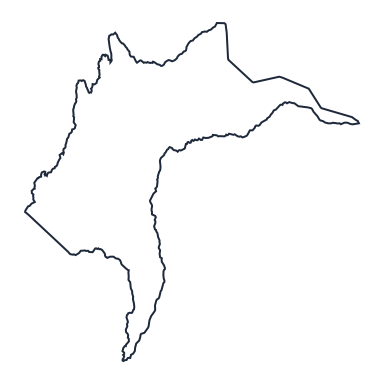 outline of Dianópolis, Tocantins, Brazil
{"feature_id": "56859067B54547148967397", "entity_name": "Dianópolis", "entity_type": "district", "adm_level": 2, "iso_a3": "BRA", "parent_name": "Brazil", "parent_adm1": "Tocantins", "projection": "equal_earth", "projection_center": [-46.69, -11.796], "detail": "fine", "context": "isolated", "style": "outline", "palette": "slate", "viewbox_px": 384, "rotation_deg": 0, "n_neighbors": 0, "source": "geoboundaries", "source_scale": "gbopen_adm2", "svg_char_len": 5843}
<svg xmlns="http://www.w3.org/2000/svg" viewBox="0 0 384 384"><path d="M25.1,212.0L28.3,214.6L68.1,251.8L70.1,254.1L73.0,254.7L73.9,254.3L75.6,255.1L79.1,253.0L80.7,250.8L84.9,250.5L86.0,250.9L88.2,250.8L89.2,252.0L92.6,252.2L95.2,248.5L96.1,248.3L97.3,249.0L98.4,248.4L99.2,249.2L100.6,249.1L102.1,250.0L104.3,252.8L104.9,254.0L105.1,255.8L105.7,256.9L106.6,257.2L107.2,257.9L110.1,256.7L113.5,256.7L116.0,258.5L117.9,258.7L119.1,259.4L119.9,260.0L121.0,262.3L121.2,263.6L122.0,264.8L126.1,268.6L127.9,270.0L128.8,270.3L128.4,272.1L128.7,276.7L128.5,279.9L130.2,282.3L130.8,288.3L132.2,291.4L132.2,293.5L133.2,296.9L132.9,298.9L134.0,303.9L134.3,306.9L134.0,309.4L133.2,310.0L132.5,312.0L131.8,312.9L129.4,312.8L128.2,313.3L127.8,314.3L126.9,315.2L126.5,317.5L127.7,320.9L127.9,322.2L127.0,324.1L127.3,326.4L125.9,329.4L125.9,331.0L126.2,332.3L127.7,333.9L128.2,335.5L127.8,337.6L128.7,338.6L128.9,341.4L126.1,344.6L125.8,346.1L125.0,345.9L123.3,348.0L122.5,351.2L124.1,352.6L124.2,354.0L123.1,355.0L124.2,356.2L123.5,358.2L122.6,359.3L122.6,360.6L123.5,361.0L124.6,360.2L126.5,360.0L127.7,358.1L129.1,357.8L130.2,358.0L131.1,354.7L133.0,353.8L134.8,351.1L135.2,347.4L136.2,343.6L139.2,340.5L140.2,337.4L140.5,335.0L141.1,333.9L144.4,332.8L148.0,327.8L148.6,326.3L149.5,320.1L151.2,316.0L154.6,311.3L155.2,309.8L155.0,305.4L156.2,300.9L156.7,299.7L158.5,298.5L159.2,297.4L160.7,291.1L161.5,290.1L163.1,284.1L163.5,283.0L164.4,282.0L164.4,280.4L163.8,278.9L163.4,275.7L163.5,271.3L163.9,270.1L164.8,269.3L164.9,267.9L164.0,265.3L161.8,261.8L161.6,259.9L161.8,258.3L160.1,257.2L159.6,253.8L160.1,250.3L158.7,247.9L159.0,246.4L159.9,243.9L159.5,242.3L159.5,240.3L158.2,237.3L157.4,233.1L156.3,231.4L156.0,230.0L155.0,229.4L154.1,226.3L155.3,223.1L155.4,221.4L154.7,220.0L155.8,217.2L155.2,215.9L152.0,214.4L151.9,211.4L151.5,210.3L151.7,207.9L152.1,206.6L151.9,204.9L150.2,201.9L150.0,200.6L153.5,193.6L156.1,191.2L155.3,188.5L156.3,187.7L157.0,186.4L157.6,181.0L157.1,179.7L157.9,178.2L157.8,176.3L159.2,171.7L160.1,170.4L160.4,168.5L160.5,166.2L159.9,160.9L160.3,159.3L161.0,157.9L164.2,155.0L164.5,153.5L165.5,152.6L167.1,149.7L168.2,149.1L168.7,148.0L169.7,147.1L172.1,148.1L172.7,149.2L173.9,150.1L176.3,150.6L177.7,151.7L178.7,150.5L179.6,150.1L180.9,150.5L184.8,148.5L185.9,144.0L187.0,143.9L187.5,142.3L188.5,142.0L189.5,142.8L190.6,142.7L191.2,141.7L191.3,140.6L192.3,140.0L193.4,140.9L194.3,140.4L195.0,139.5L196.3,140.1L197.6,140.2L199.0,138.6L200.9,140.0L202.2,139.8L202.6,138.6L203.3,137.5L205.6,138.0L208.6,137.8L212.5,136.2L212.9,134.9L216.7,135.3L218.4,136.4L219.8,136.1L224.3,136.4L225.7,135.6L226.2,134.7L227.1,135.3L228.2,134.8L229.0,133.7L233.4,134.8L234.7,134.3L237.7,136.3L239.6,136.7L240.7,136.3L242.5,137.4L244.4,136.8L246.5,135.9L247.5,134.8L249.9,130.3L252.6,130.3L254.9,127.6L255.1,126.5L256.2,125.5L258.5,125.8L259.7,125.0L261.4,122.5L266.7,119.5L267.1,118.4L269.6,116.7L270.9,114.5L272.4,112.9L273.8,110.4L275.9,109.6L280.0,105.1L281.1,104.6L282.5,104.9L283.1,103.5L285.0,102.3L286.0,102.5L287.0,103.3L289.2,102.1L292.9,103.2L294.3,103.2L298.3,106.2L307.9,107.4L311.1,108.2L312.0,108.9L313.7,112.0L317.4,116.2L319.5,119.7L320.6,120.5L323.0,121.1L325.0,122.5L328.2,123.3L331.2,123.3L333.1,122.7L334.2,123.1L335.3,123.0L337.5,123.5L339.6,123.3L340.8,124.2L344.4,122.7L347.2,122.7L350.9,124.1L353.0,124.3L358.9,123.3L357.7,120.9L355.9,120.0L352.0,117.1L321.5,108.2L320.6,107.3L308.8,88.7L282.8,77.8L279.3,76.7L253.7,82.4L252.5,82.1L228.3,59.7L228.0,57.8L226.7,32.5L225.6,24.3L224.5,23.2L216.9,23.0L215.0,26.5L212.9,27.7L210.8,29.7L208.8,30.3L206.8,31.8L205.0,31.5L201.9,32.2L200.9,33.7L198.4,35.0L196.8,36.8L194.6,38.2L192.8,40.5L190.9,41.0L190.0,41.6L188.5,43.4L186.9,46.3L186.4,47.3L186.4,48.6L186.0,50.3L185.1,51.2L183.6,51.6L182.1,53.6L179.5,54.6L177.6,56.6L177.2,57.8L176.3,58.9L174.6,60.3L172.1,61.3L170.1,60.4L168.6,60.1L166.9,60.9L165.1,62.3L163.9,64.6L162.1,65.9L160.8,65.8L159.7,64.8L157.4,64.3L154.0,62.0L153.0,61.7L152.5,62.9L151.3,62.7L150.1,63.0L147.6,62.1L146.7,62.7L144.8,62.4L143.8,62.8L141.1,60.5L140.2,60.4L137.0,62.7L136.1,61.7L133.7,56.8L131.1,56.6L130.0,55.4L129.6,53.9L129.4,51.5L127.7,49.7L126.9,48.1L125.3,46.4L124.8,45.3L122.9,43.4L121.8,43.3L119.5,40.6L118.5,38.5L117.8,37.7L117.0,35.0L115.2,32.7L113.2,34.5L111.3,34.4L110.3,35.3L109.3,35.7L108.6,39.0L109.7,47.1L110.6,51.6L111.2,53.3L111.4,56.0L111.3,57.5L111.7,60.6L110.4,62.4L110.2,59.7L108.6,59.9L108.0,56.8L107.6,55.6L106.3,55.1L105.4,56.0L105.0,54.9L104.3,55.5L103.6,54.8L102.7,54.8L101.5,56.6L101.5,59.2L100.1,59.1L100.2,60.8L99.0,61.5L98.5,63.2L98.5,64.7L99.0,65.7L99.0,67.3L98.2,67.9L98.5,69.0L99.4,70.1L99.2,71.5L99.6,74.7L99.0,76.8L99.7,77.5L97.3,79.8L96.5,83.0L94.5,84.4L92.6,84.1L92.5,86.1L91.9,87.8L91.0,88.7L91.5,89.5L91.7,90.9L91.1,92.5L90.3,92.3L89.3,92.9L88.4,91.8L88.1,90.3L87.4,89.4L87.1,88.1L86.1,86.5L85.8,84.5L84.5,80.8L83.0,80.2L81.8,81.0L80.8,80.4L78.6,80.6L78.1,82.9L77.1,83.8L76.4,85.9L76.8,87.5L76.1,90.8L76.2,93.1L76.6,94.4L76.7,97.7L76.0,99.2L76.3,100.9L76.0,102.5L75.1,103.4L74.1,106.0L74.0,107.3L73.4,108.8L73.2,110.5L73.6,114.7L73.3,116.3L74.1,117.2L73.7,122.3L75.7,125.1L74.8,128.2L73.6,129.1L72.1,129.5L71.8,131.8L70.8,133.0L69.4,133.7L68.3,137.4L67.2,138.7L66.2,143.1L65.5,144.9L65.6,146.6L65.1,147.9L63.7,148.8L63.3,150.5L63.8,152.7L63.3,154.3L62.2,153.1L59.6,155.0L60.2,157.0L60.3,158.4L59.6,159.0L58.4,161.3L57.6,163.1L57.3,164.8L56.2,166.3L55.0,166.8L54.6,168.3L52.8,168.8L51.8,170.1L51.1,172.2L48.4,172.6L47.4,173.8L46.9,175.8L45.8,174.8L45.1,175.4L44.5,174.2L45.2,173.3L45.2,171.8L44.0,171.5L41.8,172.5L41.1,174.6L41.1,176.7L39.2,177.1L38.4,178.2L37.6,178.1L34.3,182.7L34.9,185.9L34.5,187.2L34.7,188.7L33.8,188.8L31.7,190.9L31.9,193.2L33.4,194.5L33.1,196.0L33.4,197.3L33.3,199.6L34.8,202.0L31.6,203.6L29.5,206.0L28.1,206.3L25.4,210.6L25.1,212.0Z" fill="none" stroke="#1e293b" stroke-width="2"/></svg>